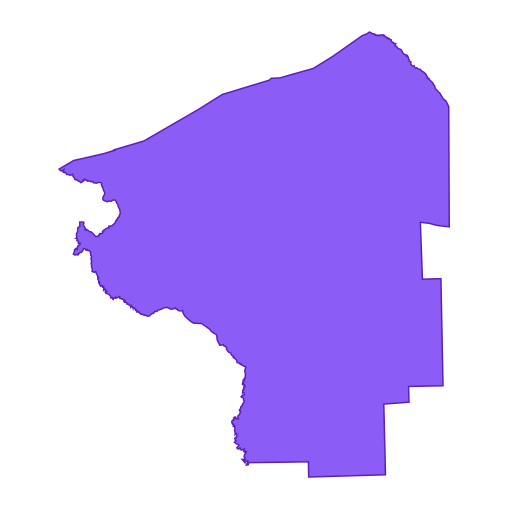 the district of Sinda, Eastern, Zambia, rotated 179°
{"feature_id": "96606910B72426001037260", "entity_name": "Sinda", "entity_type": "district", "adm_level": 2, "iso_a3": "ZMB", "parent_name": "Zambia", "parent_adm1": "Eastern", "projection": "robinson", "projection_center": [31.868, -14.258], "detail": "fine", "context": "isolated", "style": "filled", "palette": "violet", "viewbox_px": 512, "rotation_deg": 179, "n_neighbors": 0, "source": "geoboundaries", "source_scale": "gbopen_adm2", "svg_char_len": 6066}
<svg xmlns="http://www.w3.org/2000/svg" viewBox="0 0 512 512"><g transform="rotate(179 256 256)"><path d="M349.2,205.7L345.5,206.3L344.9,205.6L343.9,205.4L343.1,204.7L341.1,204.3L338.8,204.8L337.7,205.6L336.7,204.3L335.4,204.0L335.0,203.1L333.6,202.5L330.2,202.4L330.0,200.4L328.0,196.9L323.0,192.2L319.7,190.0L311.4,189.4L303.1,183.2L302.7,182.1L299.5,179.5L297.4,178.5L296.6,176.9L296.3,172.9L293.7,167.3L290.2,167.9L289.7,166.8L287.5,165.7L286.9,163.0L285.9,161.3L284.7,160.1L282.9,159.5L282.4,157.6L280.8,156.4L280.6,155.4L280.0,155.5L280.1,154.7L277.6,152.9L276.7,149.8L275.2,149.5L273.5,148.0L273.0,148.6L272.0,147.1L268.1,145.3L269.3,141.1L268.6,138.0L268.9,135.1L268.6,134.3L269.4,134.0L270.1,131.6L270.7,132.5L271.1,131.2L270.8,130.3L271.5,129.8L271.8,128.0L271.2,127.5L270.5,128.2L269.1,126.1L269.6,125.4L270.2,125.8L270.7,124.2L270.2,123.6L270.5,122.8L271.4,122.3L271.7,120.9L271.8,119.4L271.2,119.8L270.3,119.3L270.0,117.6L270.8,117.1L271.7,117.3L273.3,115.5L273.0,115.0L272.0,115.5L270.9,113.4L271.1,112.4L270.1,111.2L272.3,107.5L272.3,106.6L273.7,105.6L274.2,103.6L275.3,102.2L275.0,101.4L274.1,101.2L275.2,97.8L276.7,96.7L277.0,95.3L276.6,93.5L278.9,93.8L279.2,94.4L279.0,95.2L279.8,95.5L281.2,94.4L280.8,93.8L281.3,92.0L282.2,92.3L283.2,90.9L282.6,88.5L281.9,87.8L281.7,88.5L281.4,87.9L281.7,86.0L281.2,85.9L281.0,86.7L280.4,86.6L280.1,83.7L280.5,82.0L279.8,78.8L280.0,77.8L278.8,78.8L278.0,76.4L279.3,75.0L279.3,74.2L280.1,74.4L280.4,73.9L279.9,73.1L280.0,72.0L279.0,71.4L280.8,70.1L278.8,68.5L276.5,67.7L276.7,66.6L278.4,64.9L278.1,63.7L276.2,63.4L275.9,64.3L275.2,64.4L274.5,62.5L273.7,62.3L271.0,63.2L271.7,60.7L270.5,60.0L269.7,60.9L269.1,60.6L269.8,58.8L270.8,57.8L271.4,55.4L270.4,54.7L270.9,53.5L270.2,52.8L271.0,52.0L271.0,52.7L273.4,52.9L270.6,49.4L270.2,50.3L268.2,51.5L267.7,51.3L267.7,50.4L269.3,47.1L267.3,47.5L267.3,48.5L266.8,49.3L266.2,49.5L207.2,49.3L207.2,34.1L130.4,35.0L130.8,105.7L105.6,107.2L105.7,122.9L71.3,123.0L71.5,230.1L90.0,229.9L91.1,286.8L82.5,285.7L74.3,283.4L62.3,281.8L60.7,402.1L63.4,407.7L66.1,409.9L69.1,415.2L74.0,420.5L74.4,423.1L75.6,424.5L76.0,425.8L80.1,429.8L80.0,430.5L81.6,430.8L81.4,431.8L83.1,435.0L85.1,436.9L87.1,438.0L88.6,439.8L90.7,440.1L91.9,441.4L93.1,441.2L94.7,442.7L94.6,443.3L96.0,443.3L97.8,444.8L97.8,447.5L99.3,448.2L99.4,449.4L100.1,450.2L100.2,452.2L100.9,452.6L101.1,453.7L102.1,453.2L102.3,454.4L104.9,455.4L107.4,459.9L110.4,461.0L112.1,463.4L113.0,463.4L113.3,464.2L112.6,466.0L114.7,466.2L114.9,467.0L116.7,467.9L117.2,470.0L118.4,470.2L119.0,471.0L119.5,470.6L120.5,471.9L121.0,471.5L122.0,472.7L122.9,472.8L123.7,474.3L124.6,474.8L125.1,474.1L125.5,474.7L126.5,474.9L128.3,474.7L128.5,474.2L129.5,474.6L129.8,474.1L131.0,474.7L131.6,474.5L132.2,475.1L132.6,474.6L133.5,475.2L133.7,476.0L135.8,476.0L136.6,477.0L138.7,477.9L141.6,476.0L145.9,474.5L176.1,454.0L195.5,442.5L229.4,433.6L237.7,433.4L239.8,431.5L286.9,418.1L310.6,403.8L366.0,373.0L395.9,364.7L395.4,364.2L406.9,360.9L436.6,354.7L451.3,346.4L450.2,344.9L449.0,344.4L448.1,344.5L446.8,345.5L447.3,344.1L446.3,343.5L446.6,343.2L446.9,343.5L447.1,343.0L444.7,342.4L443.8,340.8L442.5,340.9L440.6,339.9L440.1,340.4L438.8,340.2L438.1,340.9L437.2,339.3L437.5,338.6L436.4,337.5L435.7,335.6L434.4,335.3L434.1,335.8L432.3,333.9L431.5,333.9L429.8,332.4L428.2,333.3L427.3,334.9L426.9,334.3L425.9,335.8L425.2,335.0L423.7,334.8L423.8,334.3L423.1,333.7L421.1,334.0L419.9,333.2L417.8,333.4L417.6,332.4L416.9,332.0L413.8,331.6L412.3,332.4L409.9,332.1L409.1,331.5L409.4,330.2L408.7,329.3L408.8,328.1L407.7,326.6L407.6,325.1L406.1,321.8L406.3,320.5L408.1,317.1L408.0,315.0L407.3,314.3L403.7,312.8L402.5,313.5L399.8,313.2L398.3,314.4L396.0,314.4L395.0,313.3L394.1,310.9L393.0,309.8L393.1,308.1L391.5,305.0L390.9,301.1L391.9,298.9L392.0,297.5L393.2,297.1L394.0,295.3L394.8,294.9L394.6,293.9L395.8,293.3L396.3,291.4L399.8,288.6L402.6,288.4L402.3,287.0L404.5,286.5L407.4,284.6L407.4,284.1L408.1,284.2L409.1,283.1L408.7,282.3L409.2,281.4L411.7,281.1L411.6,280.3L412.5,280.2L412.8,279.1L413.5,279.0L413.9,278.2L416.1,278.4L419.2,282.0L420.6,283.1L421.6,283.0L424.8,285.4L425.3,284.9L426.3,285.1L426.5,285.9L426.0,286.2L426.1,286.8L428.1,289.7L427.6,292.0L427.8,292.9L431.7,293.0L431.6,288.7L433.8,287.2L433.9,283.5L435.2,281.3L434.8,277.5L435.7,276.8L434.5,276.6L434.3,275.7L434.9,274.8L433.3,273.7L433.4,271.8L432.6,271.3L431.8,271.9L431.4,271.1L434.1,268.9L434.1,267.7L434.8,267.2L434.5,266.8L435.0,265.6L436.0,266.5L437.3,265.5L437.4,263.8L438.6,261.1L437.0,260.1L435.2,260.6L434.1,260.2L434.0,261.1L433.4,261.0L431.7,262.8L430.8,262.6L429.3,264.1L428.3,266.2L427.6,266.5L426.4,265.9L426.0,264.9L425.5,264.8L424.9,265.5L424.3,264.4L422.6,264.3L421.9,263.6L421.3,262.7L421.6,262.0L421.0,260.1L421.2,259.6L420.5,258.7L420.5,257.6L421.1,256.4L420.5,254.5L420.7,253.4L420.4,252.7L421.0,251.5L420.4,249.0L420.7,248.4L419.8,245.3L420.2,243.4L418.0,242.5L417.0,243.4L416.4,243.3L416.0,241.3L414.6,238.7L414.6,237.0L413.7,236.6L414.5,235.3L413.7,234.4L413.7,232.3L412.9,232.3L413.2,231.5L412.9,230.0L412.0,229.6L411.9,228.7L410.5,229.2L409.8,228.7L410.1,228.2L408.9,227.9L409.6,227.3L408.8,226.9L408.9,225.0L408.4,225.7L407.1,225.2L407.4,224.0L405.9,223.3L407.3,222.5L406.6,221.1L405.6,221.3L403.3,219.8L402.0,218.1L401.8,216.6L400.7,217.0L399.8,215.2L399.5,215.1L399.5,215.9L398.5,216.6L397.3,216.2L397.0,217.3L396.5,216.5L395.8,216.5L393.2,217.9L392.8,217.5L393.0,216.2L390.7,215.2L390.2,215.5L389.4,215.0L389.2,214.3L388.4,214.4L388.1,214.0L388.6,213.3L387.7,213.3L388.2,212.0L386.0,211.5L385.8,210.2L384.9,210.4L384.6,209.6L383.2,208.9L381.9,208.9L382.4,208.2L382.1,207.3L381.9,208.1L380.7,207.6L380.4,206.8L379.9,206.8L379.7,205.8L379.4,206.6L378.1,205.8L378.0,205.1L377.1,204.7L377.2,203.9L376.7,204.1L376.1,202.7L375.6,202.8L375.8,202.1L374.9,202.3L373.9,201.5L374.1,202.1L373.7,202.0L372.8,200.4L371.9,199.7L370.0,199.6L368.9,198.7L368.1,199.0L368.0,198.6L366.4,198.4L365.8,197.7L363.6,198.0L361.0,200.4L359.8,200.3L357.8,202.4L355.9,202.4L354.8,203.7L351.7,204.4L349.2,205.7Z" fill="#8b5cf6" stroke="#5b21b6" stroke-width="1.5"/></g></svg>